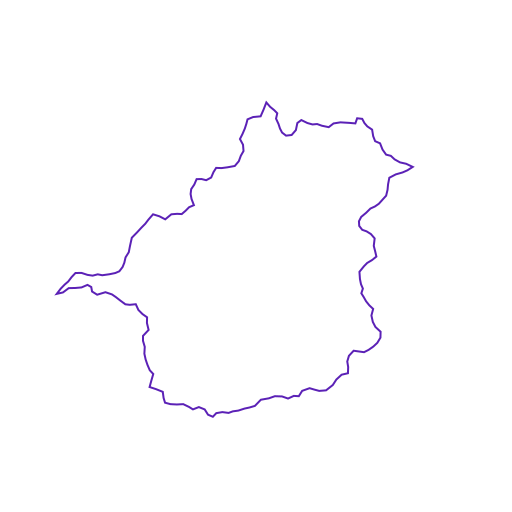 outline of Carvalhos, Minas Gerais, Brazil, rotated 212°
{"feature_id": "56859067B78944431243735", "entity_name": "Carvalhos", "entity_type": "district", "adm_level": 2, "iso_a3": "BRA", "parent_name": "Brazil", "parent_adm1": "Minas Gerais", "projection": "albers", "projection_center": [-44.48, -22.028], "detail": "fine", "context": "isolated", "style": "outline", "palette": "violet", "viewbox_px": 512, "rotation_deg": 212, "n_neighbors": 0, "source": "geoboundaries", "source_scale": "gbopen_adm2", "svg_char_len": 2683}
<svg xmlns="http://www.w3.org/2000/svg" viewBox="0 0 512 512"><g transform="rotate(212 256 256)"><path d="M170.3,414.6L177.5,413.8L183.5,411.7L189.7,411.4L194.7,412.4L199.4,410.9L205.1,413.3L210.5,417.3L215.8,416.5L220.1,419.7L224.5,424.7L230.3,424.9L234.5,426.2L238.6,428.6L243.2,426.4L242.0,421.1L247.3,418.4L255.2,414.1L260.5,409.5L262.6,403.8L269.1,401.4L274.1,400.3L277.8,397.5L282.9,396.0L289.6,395.3L291.4,390.7L288.9,383.9L289.9,377.5L294.3,374.0L299.3,374.5L303.2,376.8L306.9,379.9L311.8,383.1L313.6,388.3L317.7,389.3L323.1,390.0L328.6,391.7L327.2,384.3L326.1,376.9L332.1,372.3L335.6,367.4L334.2,362.9L333.0,358.1L332.1,352.2L331.6,346.7L326.0,343.5L322.2,338.4L322.0,333.0L320.8,327.3L321.7,321.1L327.3,316.0L331.8,312.3L336.5,309.6L336.5,304.6L335.6,298.8L338.4,293.9L343.0,292.4L347.1,289.7L346.2,283.9L346.4,278.4L344.3,273.9L340.9,270.2L335.6,266.2L338.6,261.9L339.7,257.0L341.2,252.2L345.2,250.0L349.9,246.5L352.4,239.0L358.9,238.5L365.4,236.8L366.5,229.9L367.0,224.6L368.2,219.3L369.4,212.9L371.0,205.7L368.2,197.8L365.9,191.8L365.9,185.7L364.1,180.5L363.3,176.0L363.8,170.6L366.3,167.0L370.7,162.8L376.2,158.2L380.5,156.6L384.1,152.8L388.9,150.7L395.0,149.2L400.1,145.9L401.2,140.4L401.7,134.9L403.1,130.4L404.3,124.8L404.9,118.3L400.4,122.8L397.8,129.5L392.2,133.2L387.3,136.9L383.6,142.2L379.3,142.4L376.2,139.0L370.2,139.0L364.5,145.5L357.8,147.1L353.2,146.9L347.4,146.3L341.2,145.8L337.2,147.7L332.4,151.4L327.1,147.9L321.5,146.6L315.9,146.3L313.0,141.4L307.9,136.4L309.5,128.4L306.9,124.2L302.2,120.0L298.9,114.0L294.8,109.8L290.4,106.2L285.5,102.8L280.6,101.5L278.7,94.8L276.8,88.5L270.3,90.1L263.1,91.4L259.1,86.6L255.4,83.4L250.1,85.0L244.5,88.1L239.2,91.8L232.8,92.5L228.2,92.5L224.4,97.6L218.2,98.7L212.6,96.0L207.4,96.8L206.4,101.7L201.8,105.8L196.1,108.4L193.3,112.0L189.1,115.5L184.9,120.5L181.3,124.0L177.5,128.3L175.7,136.7L169.7,142.1L165.7,147.1L159.5,150.7L153.3,152.1L149.8,157.4L145.4,159.8L145.4,166.1L140.5,172.3L135.8,173.6L130.9,175.1L125.4,179.2L122.5,187.3L122.4,193.8L120.5,200.7L115.9,205.3L119.0,210.7L122.7,214.9L124.3,220.6L123.0,227.4L117.4,229.9L113.4,231.7L110.8,236.0L108.5,241.4L107.1,246.6L107.2,252.7L110.2,257.8L117.1,259.1L122.0,262.0L126.6,266.7L128.6,273.2L133.7,274.2L138.6,275.9L142.8,278.2L146.9,280.2L148.1,285.0L152.0,287.7L155.6,291.5L159.9,297.4L159.0,304.6L158.0,309.1L155.5,313.9L153.6,319.3L157.3,323.0L161.5,327.0L164.7,333.8L170.2,335.5L175.3,335.5L179.8,334.5L184.4,336.2L187.1,340.0L187.5,344.9L185.5,351.0L184.1,356.9L181.4,361.0L179.5,365.4L178.5,371.1L177.6,376.1L179.5,381.8L182.0,386.8L184.4,393.0L180.7,399.3L176.0,404.5L173.0,408.9L170.3,414.6Z" fill="none" stroke="#5b21b6" stroke-width="2"/></g></svg>